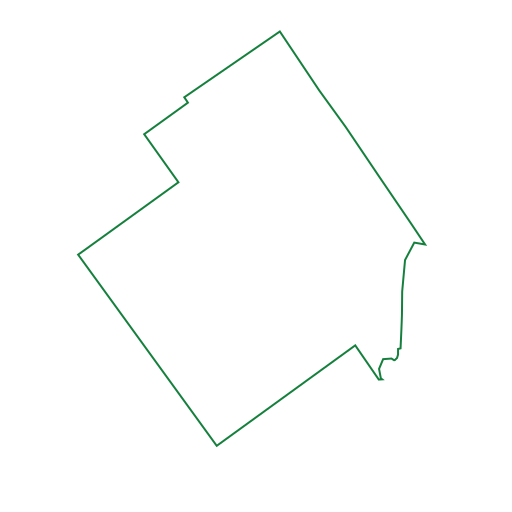 outline of Tuscola, Michigan, United States of America, rotated 146°
{"feature_id": "52423323B37995372909550", "entity_name": "Tuscola", "entity_type": "district", "adm_level": 2, "iso_a3": "USA", "parent_name": "United States of America", "parent_adm1": "Michigan", "projection": "orthographic", "projection_center": [-83.511, 43.476], "detail": "fine", "context": "isolated", "style": "outline", "palette": "green", "viewbox_px": 512, "rotation_deg": 146, "n_neighbors": 0, "source": "geoboundaries", "source_scale": "gbopen_adm2", "svg_char_len": 562}
<svg xmlns="http://www.w3.org/2000/svg" viewBox="0 0 512 512"><g transform="rotate(146 256 256)"><path d="M226.7,427.7L226.7,421.2L280.6,419.5L279.1,360.5L394.5,356.8L402.7,356.6L394.7,120.6L223.7,126.4L223.3,84.9L220.4,83.2L220.9,84.8L217.1,93.6L208.3,99.4L201.0,95.2L199.8,92.4L199.1,92.1L196.1,92.6L193.4,94.8L190.2,99.5L187.8,98.6L176.9,113.3L172.2,119.7L168.0,125.5L167.5,126.2L154.6,144.9L134.7,169.3L117.3,178.6L109.4,171.0L109.3,195.3L109.5,254.2L109.5,312.7L111.0,357.9L110.7,428.8L226.7,427.7Z" fill="none" stroke="#15803d" stroke-width="2"/></g></svg>